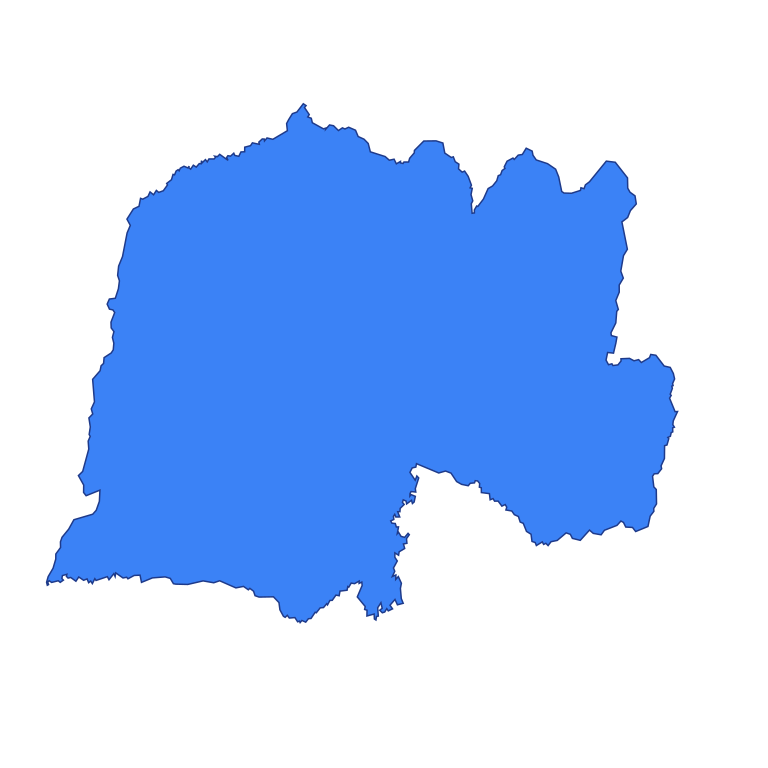 the district of Si Thep, Phetchabun, Thailand, rotated 191°
{"feature_id": "78962969B52356787217870", "entity_name": "Si Thep", "entity_type": "district", "adm_level": 2, "iso_a3": "THA", "parent_name": "Thailand", "parent_adm1": "Phetchabun", "projection": "equal_earth", "projection_center": [101.094, 15.447], "detail": "fine", "context": "isolated", "style": "filled", "palette": "blue", "viewbox_px": 768, "rotation_deg": 191, "n_neighbors": 0, "source": "geoboundaries", "source_scale": "gbopen_adm2", "svg_char_len": 6132}
<svg xmlns="http://www.w3.org/2000/svg" viewBox="0 0 768 768"><g transform="rotate(191 384 384)"><path d="M658.4,519.8L658.4,511.7L663.4,508.0L667.8,496.8L663.3,491.3L665.0,483.3L665.0,459.2L667.0,449.1L666.2,439.8L663.4,434.8L662.9,426.8L664.1,416.9L669.8,415.0L671.0,409.6L667.8,405.1L664.3,405.0L662.0,402.8L663.8,392.6L662.5,387.0L659.1,383.9L659.5,377.9L657.0,372.5L656.3,365.9L657.7,362.4L663.8,356.5L663.2,350.7L665.2,347.9L665.2,342.9L670.9,333.0L664.8,311.2L666.6,303.7L664.2,299.0L667.2,294.4L664.1,285.8L663.8,278.2L662.4,276.5L663.5,271.5L661.4,263.8L663.1,240.7L666.5,235.8L659.5,227.5L658.2,220.2L655.1,217.5L642.6,225.6L641.0,214.5L642.4,205.1L645.1,200.6L662.5,191.6L665.8,181.4L670.8,172.1L671.5,167.3L670.3,161.8L673.7,154.5L672.8,149.5L673.7,140.0L676.9,130.9L677.4,125.0L676.1,122.2L675.0,123.1L676.3,125.3L675.2,127.0L672.4,125.8L666.2,128.7L664.0,127.5L661.3,130.3L663.1,131.6L663.1,134.6L659.0,136.7L659.1,134.6L657.1,133.2L654.6,134.3L648.8,131.6L646.8,136.3L641.4,134.0L638.3,136.0L636.0,132.6L634.3,134.6L632.2,132.4L630.7,137.7L629.2,136.2L618.8,142.1L616.6,139.4L613.0,146.3L611.2,143.7L611.3,147.4L603.2,143.8L599.7,145.2L598.2,143.9L592.7,148.4L587.0,149.8L584.2,143.0L574.3,149.5L562.0,152.9L556.7,152.4L552.6,147.8L550.3,147.8L538.4,149.8L524.0,156.2L513.2,156.4L507.8,159.5L490.5,155.6L483.3,158.5L477.9,156.1L476.7,157.8L472.5,155.7L470.2,151.6L466.0,151.0L451.9,154.0L445.4,149.4L443.1,142.5L438.4,136.8L436.5,136.1L434.8,138.5L432.3,136.2L426.9,137.7L423.4,134.1L421.7,135.1L420.8,133.8L419.5,136.2L415.4,135.3L413.4,139.2L410.9,139.9L408.0,146.8L406.8,146.5L403.9,152.1L400.7,153.0L398.3,157.4L397.3,156.4L395.8,161.2L393.5,161.8L390.9,167.6L387.6,167.6L387.7,172.3L380.9,174.5L380.9,178.3L379.8,177.9L378.2,182.3L374.8,182.4L370.8,185.8L370.4,183.5L368.0,185.3L367.0,182.1L369.6,169.9L360.0,162.0L360.0,159.0L357.5,158.7L356.5,153.0L349.8,156.3L348.6,151.5L346.9,150.8L347.0,154.3L345.3,155.1L347.5,163.1L345.3,168.7L343.0,163.5L345.0,161.1L342.0,159.1L339.8,160.3L338.4,164.0L336.5,162.1L332.7,164.9L335.9,168.0L332.1,174.6L328.7,169.8L323.3,172.4L326.1,176.7L328.9,186.5L328.9,191.7L333.2,197.7L335.2,194.4L335.9,198.8L339.1,196.6L337.7,202.2L339.6,205.2L337.2,212.8L340.3,216.0L341.1,220.3L337.0,218.7L337.1,222.2L332.3,226.5L334.4,230.7L331.1,232.0L332.4,236.5L330.4,240.9L331.9,242.0L334.5,237.4L338.2,237.7L341.4,241.2L342.4,239.6L342.5,246.5L344.6,246.0L346.3,249.2L349.7,248.9L351.3,250.9L348.5,252.9L349.5,255.9L348.6,258.1L347.0,255.7L343.2,256.5L346.2,261.3L344.0,261.7L344.4,265.0L341.2,269.6L343.3,271.3L343.0,274.0L340.0,273.3L338.9,270.6L334.8,275.1L333.3,272.1L331.9,273.9L331.8,279.7L336.3,280.6L337.2,278.9L337.6,281.3L336.9,283.6L332.2,284.0L333.3,287.3L332.0,298.4L334.2,300.0L335.0,295.5L341.7,302.2L340.3,307.0L336.9,308.5L336.9,312.0L313.3,307.1L307.0,310.3L301.2,309.3L294.1,302.1L288.7,300.3L281.9,300.2L280.4,303.0L276.3,304.2L276.0,306.5L273.6,306.7L271.1,304.6L270.7,300.9L268.7,300.7L267.7,296.0L259.6,296.5L257.7,290.6L255.1,292.3L253.1,290.1L249.6,290.8L245.0,286.6L242.0,288.8L240.0,286.5L240.3,283.6L234.3,283.7L231.1,280.6L226.8,279.6L224.0,274.5L220.7,273.8L216.0,266.5L211.0,264.6L208.7,257.7L205.3,257.2L203.6,254.5L198.5,259.2L196.7,257.0L194.7,258.5L192.1,256.7L189.9,261.1L184.1,263.5L176.8,272.6L172.4,272.0L169.6,268.4L161.5,268.0L154.4,279.8L150.1,277.3L142.1,277.4L139.7,282.5L128.3,289.7L125.3,294.7L122.5,293.8L119.4,289.7L112.7,290.6L108.8,287.2L97.7,294.5L97.5,305.1L94.8,310.5L95.5,313.3L93.6,318.3L96.6,332.4L99.5,334.5L102.8,344.7L101.6,347.4L98.1,348.3L95.3,353.8L96.4,356.5L94.5,364.4L96.8,377.0L94.6,378.1L94.0,384.7L95.2,385.7L92.9,387.3L92.8,391.1L91.4,392.1L92.3,396.0L90.7,397.0L92.7,399.2L93.0,403.0L90.6,413.0L93.0,412.4L101.0,424.6L99.9,427.6L101.1,428.6L100.1,434.7L101.1,436.8L99.9,437.6L100.8,439.5L99.7,444.4L102.0,449.6L106.2,454.9L112.4,455.1L122.6,464.1L127.8,463.9L128.4,460.5L135.5,454.2L138.7,456.5L143.0,454.5L147.9,456.0L156.2,454.0L155.7,451.8L158.0,447.4L162.8,445.8L164.1,447.3L167.3,445.8L170.6,449.8L170.5,457.6L164.6,458.1L164.2,468.4L164.3,474.5L170.0,474.9L171.0,477.5L168.1,488.2L169.4,499.7L168.2,501.9L172.4,510.1L170.6,519.1L172.0,526.0L169.3,533.6L173.1,540.0L173.4,555.7L170.8,562.7L181.4,588.5L176.6,593.9L175.2,601.2L170.7,608.9L173.5,616.6L179.1,619.2L182.1,622.7L184.3,632.8L199.3,645.8L208.3,645.2L220.9,621.7L224.3,617.9L224.9,613.9L228.1,614.2L228.1,611.5L236.4,607.0L243.7,605.8L246.3,606.9L252.0,620.6L256.5,627.6L265.5,631.5L277.3,633.0L281.4,637.0L283.0,640.9L289.4,642.6L292.0,635.7L295.9,634.3L299.0,629.3L300.5,630.4L305.7,626.2L307.4,620.1L306.4,618.7L308.8,616.1L309.5,611.7L311.6,610.3L312.1,605.0L315.2,599.1L319.1,595.7L321.7,584.5L325.8,576.2L327.0,576.4L328.5,572.1L327.9,569.2L330.1,568.4L332.7,577.6L331.8,580.7L334.7,586.5L334.7,592.9L336.9,593.0L336.1,595.8L341.0,603.9L345.5,608.4L347.7,606.9L351.9,609.4L352.4,614.1L356.5,615.8L359.3,620.2L361.2,619.2L368.4,622.3L372.2,631.8L379.3,632.6L391.3,630.1L398.7,619.1L398.4,616.6L401.9,610.5L402.2,606.6L406.8,605.7L407.4,604.1L410.1,604.2L410.3,605.6L413.9,602.5L417.0,606.6L421.5,604.7L426.3,607.5L441.7,609.3L445.4,617.1L450.3,620.5L456.6,622.0L460.4,627.7L467.7,629.3L471.0,626.9L473.7,627.5L477.1,624.1L482.8,627.9L486.9,627.9L489.9,622.8L490.0,624.1L492.1,622.9L504.2,626.8L506.1,631.0L509.8,631.6L508.8,634.2L514.8,640.2L513.6,642.4L516.7,643.7L521.4,634.3L525.5,631.9L528.0,625.4L529.3,621.1L527.2,614.2L539.8,603.0L545.8,603.2L547.7,599.8L548.3,601.6L550.3,601.3L553.0,597.6L552.1,595.5L559.2,595.6L560.5,592.5L565.9,589.9L565.1,585.4L568.7,584.5L570.0,579.8L574.1,579.9L575.5,581.9L578.1,578.4L580.8,578.3L581.7,576.3L579.8,573.8L589.1,578.1L590.9,575.4L593.6,575.3L592.6,574.5L593.7,572.5L598.8,571.5L599.9,568.3L602.1,570.2L604.7,566.5L605.8,568.4L605.5,565.3L607.4,565.1L609.7,561.1L612.9,562.4L614.8,558.0L616.9,559.1L616.8,560.7L617.7,558.7L621.9,559.6L625.1,557.0L625.8,554.2L627.0,555.1L628.7,553.4L629.5,549.4L631.1,549.5L631.6,544.0L635.6,539.4L634.5,538.1L637.5,531.6L641.7,529.1L644.4,530.6L646.3,525.8L650.3,527.9L651.5,523.1L656.1,519.4L658.4,519.8Z" fill="#3b82f6" stroke="#1e3a8a" stroke-width="1.5"/></g></svg>